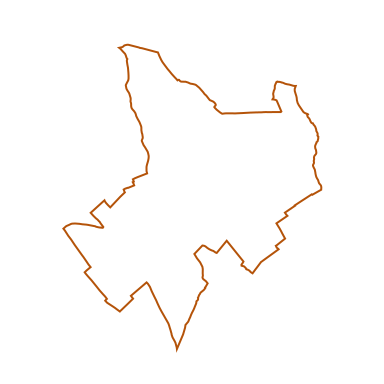 the district of Feresti, Vaslui, Romania, rotated 173°
{"feature_id": "2599482B73897290274237", "entity_name": "Feresti", "entity_type": "district", "adm_level": 2, "iso_a3": "ROU", "parent_name": "Romania", "parent_adm1": "Vaslui", "projection": "orthographic", "projection_center": [27.708, 46.79], "detail": "fine", "context": "isolated", "style": "outline", "palette": "amber", "viewbox_px": 384, "rotation_deg": 173, "n_neighbors": 0, "source": "geoboundaries", "source_scale": "gbopen_adm2", "svg_char_len": 5955}
<svg xmlns="http://www.w3.org/2000/svg" viewBox="0 0 384 384"><g transform="rotate(173 192 192)"><path d="M308.3,125.4L307.6,124.1L305.7,121.2L302.5,116.6L297.7,108.9L295.7,105.6L292.8,101.4L291.0,98.9L290.4,97.9L289.5,96.3L290.3,95.7L291.4,94.7L289.7,92.4L284.7,88.2L282.4,86.2L281.2,85.0L278.2,82.2L278.0,82.4L276.3,83.6L273.8,85.5L269.9,88.4L263.5,93.3L265.3,96.4L248.1,107.8L246.9,106.2L245.3,102.9L244.1,98.5L242.2,92.9L240.8,89.0L239.8,85.6L238.3,81.0L237.0,77.6L231.5,64.5L231.0,62.4L230.7,60.5L230.1,57.2L229.8,55.1L229.6,54.0L229.6,52.8L229.0,50.0L227.5,46.4L226.8,44.4L226.1,39.4L226.1,38.0L218.2,51.7L215.4,58.2L214.7,60.8L211.5,63.8L210.9,64.9L209.9,66.7L209.2,67.7L208.0,70.0L206.8,72.0L205.0,74.6L203.8,76.6L203.3,77.6L201.7,80.4L201.3,81.2L201.1,82.4L200.8,83.1L200.2,83.5L199.6,83.9L199.1,84.6L199.0,84.9L198.9,85.6L199.0,86.3L198.5,86.9L197.6,88.7L196.6,89.8L196.1,90.6L195.7,91.1L192.4,93.2L191.5,94.0L190.5,95.1L190.7,95.6L190.3,95.9L187.6,99.4L189.0,101.7L191.2,103.9L191.8,104.8L192.0,106.0L191.4,107.6L191.3,109.9L190.7,114.2L190.8,116.5L192.5,121.2L195.1,125.5L197.2,130.2L188.2,137.6L187.4,137.4L186.2,137.0L185.1,136.2L183.6,134.6L182.2,133.4L180.8,132.4L179.3,131.5L178.0,130.9L175.9,129.0L174.9,128.5L163.5,139.4L149.4,116.7L150.1,115.7L151.8,113.8L151.8,112.8L149.5,111.9L148.3,110.5L148.1,110.1L147.6,109.5L147.6,108.8L147.2,108.5L146.3,108.2L145.5,107.6L144.8,107.1L143.9,106.0L143.6,105.4L141.8,103.9L138.4,107.5L137.0,108.9L132.0,114.1L113.0,124.6L113.3,125.1L114.0,125.7L114.7,126.5L115.1,127.7L115.3,128.4L114.9,128.5L105.3,134.4L107.6,140.2L108.2,141.9L109.6,145.4L110.5,147.3L112.0,150.6L100.2,156.7L101.2,158.1L102.3,160.2L91.4,165.8L91.6,166.2L84.7,169.6L73.4,175.1L72.9,174.6L63.5,178.5L63.1,180.7L63.1,181.9L63.2,182.5L63.6,183.4L64.2,184.3L64.7,185.0L65.0,186.1L65.2,187.1L65.3,187.9L65.5,188.7L66.0,189.7L66.6,191.2L66.8,191.9L67.0,193.1L67.2,195.2L67.2,196.3L67.4,199.3L68.2,201.4L68.5,202.4L68.7,203.4L68.6,203.9L68.3,204.6L67.7,205.3L67.4,206.0L67.3,206.9L67.4,207.8L67.3,208.2L67.1,208.8L66.9,209.2L66.7,210.2L66.8,210.9L66.7,211.5L66.3,212.6L65.7,213.3L64.5,214.4L64.2,214.8L63.9,215.4L63.8,216.0L63.8,217.1L63.8,218.1L63.9,218.9L64.3,220.2L64.3,220.9L64.3,221.8L64.2,222.6L63.9,223.3L63.4,224.2L62.6,225.4L62.5,225.9L62.3,226.3L61.9,226.5L61.5,226.8L61.0,227.3L60.8,228.1L60.2,229.6L59.9,231.4L60.1,231.5L60.2,231.8L60.2,232.1L60.3,232.5L60.6,232.7L60.6,233.0L60.3,233.7L60.2,234.7L60.4,235.5L61.1,237.2L61.2,237.6L61.1,238.2L61.2,239.3L61.3,240.0L61.5,240.6L61.7,241.6L62.0,242.3L62.6,243.3L63.2,244.1L63.5,245.1L63.7,245.5L64.0,245.5L64.5,245.7L65.1,246.2L65.7,247.5L66.5,250.2L67.2,251.4L67.9,252.2L68.2,253.3L68.3,254.3L67.9,254.5L67.4,254.9L67.7,255.3L68.1,255.5L69.6,256.2L70.8,257.0L71.7,257.9L75.4,265.1L76.3,267.5L76.7,270.4L76.6,272.7L76.8,274.7L77.3,277.3L77.7,279.7L77.5,281.8L76.1,284.6L77.2,284.7L78.8,285.2L82.2,286.7L84.6,287.4L86.4,288.1L88.0,289.1L89.0,289.6L89.6,289.7L90.0,290.0L91.6,290.6L92.8,290.8L93.8,291.2L94.2,291.1L94.4,290.8L94.8,290.8L96.0,288.9L96.8,287.4L97.0,286.4L97.1,285.5L97.2,284.8L97.5,284.0L97.7,283.6L98.4,282.6L99.0,280.9L99.3,280.2L99.5,279.5L99.5,279.0L99.4,277.0L99.5,275.9L100.0,275.0L100.5,274.6L100.8,274.1L99.4,273.8L97.8,273.2L96.9,272.6L96.2,270.4L93.5,261.0L94.2,260.5L98.7,261.1L106.0,261.9L108.8,262.3L110.7,262.5L113.0,262.6L118.8,263.2L124.6,263.7L132.2,264.2L140.1,264.8L141.9,265.1L148.1,265.9L149.8,266.0L152.4,266.0L152.8,266.2L154.5,267.6L157.6,270.8L158.8,272.4L159.2,273.0L159.5,273.5L159.3,274.0L158.2,274.9L157.8,275.5L157.8,275.9L158.2,277.0L159.1,278.3L159.9,279.1L161.3,280.0L163.1,281.0L163.8,282.1L165.8,285.5L166.7,286.7L167.5,287.5L168.8,289.8L171.2,293.3L172.1,294.6L175.0,297.7L175.6,298.1L177.0,298.7L178.7,299.3L179.9,299.6L180.8,300.0L182.5,301.1L184.9,302.2L188.9,302.8L189.8,303.1L190.5,303.8L191.2,304.9L191.9,305.0L192.8,304.6L193.7,306.0L195.2,308.0L197.8,311.7L199.8,314.9L200.2,315.5L201.2,317.0L204.0,321.9L205.4,324.4L206.4,326.7L207.8,330.9L208.8,334.7L210.7,335.4L224.1,340.8L226.5,341.5L227.0,341.9L237.0,345.8L237.8,346.0L239.2,346.0L241.3,345.7L242.5,344.8L243.6,344.3L246.7,344.0L245.7,343.0L244.9,341.9L243.6,340.0L242.7,338.8L241.6,337.3L241.3,336.4L241.0,335.3L240.7,333.5L240.2,332.0L240.0,331.8L240.6,330.7L240.7,329.5L240.6,326.1L240.4,323.1L240.6,318.0L240.8,315.2L241.0,313.6L241.2,312.1L241.7,310.6L242.3,309.7L242.6,309.3L243.9,307.4L244.7,306.1L244.7,305.6L244.5,302.7L244.3,302.0L243.5,300.1L242.5,298.1L242.2,297.1L241.9,295.3L241.5,292.9L241.5,291.9L241.7,290.8L241.9,289.9L242.0,289.2L241.9,288.6L241.7,287.7L241.7,286.8L241.9,284.9L241.9,283.9L241.8,283.2L241.7,282.7L241.5,282.2L241.1,281.4L239.5,279.1L239.0,278.0L238.6,277.2L238.3,275.8L238.1,274.2L237.8,273.3L237.1,271.3L236.0,268.7L235.6,267.7L234.9,265.1L234.5,263.5L234.4,262.6L234.5,261.3L234.7,259.6L234.6,256.9L234.4,256.0L234.3,255.6L234.2,252.4L234.4,251.4L235.5,249.4L235.6,248.9L235.5,248.4L234.3,244.3L233.2,242.2L231.1,237.4L230.8,235.6L230.6,233.2L230.7,232.2L231.0,230.7L231.7,228.5L232.4,226.8L233.2,225.0L233.7,223.7L234.1,222.4L234.5,219.1L234.6,218.2L234.4,217.1L234.3,215.9L243.8,213.5L247.0,212.6L249.1,211.8L248.5,209.4L249.6,209.0L249.0,207.4L248.6,205.6L254.9,203.9L255.4,204.0L257.7,203.5L258.1,203.4L259.5,202.8L259.3,201.9L259.0,200.6L258.7,199.8L263.8,196.0L275.0,186.7L276.9,189.1L278.1,190.8L278.8,191.8L279.7,193.6L279.9,194.4L295.1,183.7L292.8,180.4L290.5,177.5L289.1,176.1L287.8,174.2L287.3,173.7L286.9,172.9L286.7,172.3L284.3,168.1L284.6,167.6L284.9,167.4L285.3,167.4L286.1,167.6L288.3,168.1L290.1,168.7L291.4,169.2L292.3,169.8L297.6,171.5L299.1,172.0L300.9,172.5L304.7,173.3L307.5,174.1L309.9,174.6L312.0,175.0L314.9,175.2L316.1,175.0L318.1,174.3L320.9,173.5L322.1,172.7L324.1,171.3L322.8,169.1L320.1,163.5L319.2,162.0L317.8,159.6L316.6,157.2L314.9,153.8L308.8,142.6L307.8,140.9L304.9,135.3L303.6,132.7L301.8,129.8L306.3,126.9L307.7,125.8L308.3,125.4Z" fill="none" stroke="#b45309" stroke-width="2"/></g></svg>